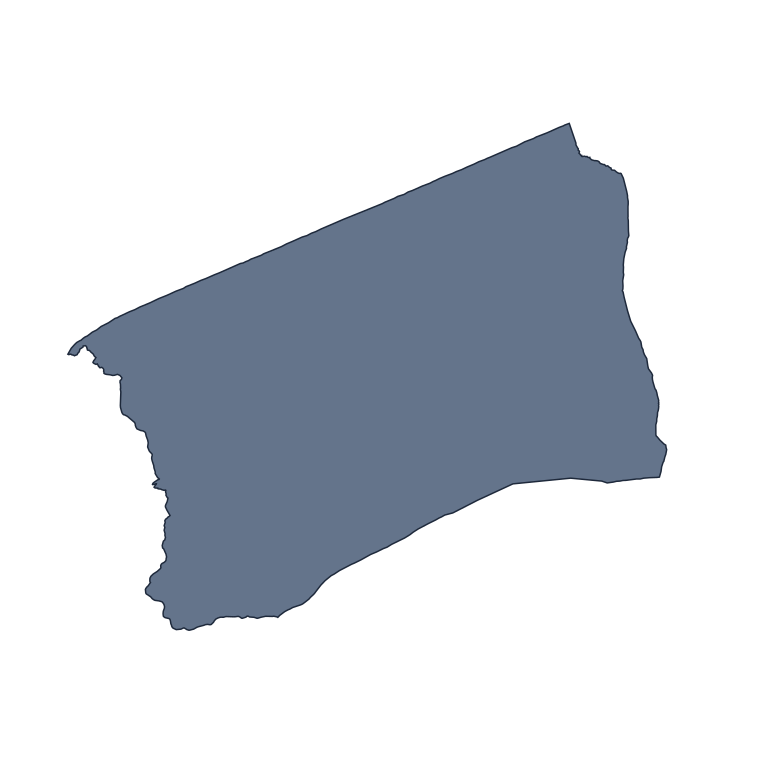 Omhajer, Gash Barka, Eritrea, rotated 71°
{"feature_id": "51966322B84792340140154", "entity_name": "Omhajer", "entity_type": "district", "adm_level": 2, "iso_a3": "ERI", "parent_name": "Eritrea", "parent_adm1": "Gash Barka", "projection": "equal_earth", "projection_center": [36.816, 14.649], "detail": "fine", "context": "isolated", "style": "filled", "palette": "slate", "viewbox_px": 768, "rotation_deg": 71, "n_neighbors": 0, "source": "geoboundaries", "source_scale": "gbopen_adm2", "svg_char_len": 6151}
<svg xmlns="http://www.w3.org/2000/svg" viewBox="0 0 768 768"><g transform="rotate(71 384 384)"><path d="M463.2,127.2L460.6,127.5L455.7,129.0L452.9,128.7L445.5,127.3L441.1,128.2L438.2,128.3L435.8,127.9L433.1,128.3L427.9,127.4L426.3,127.6L423.6,128.3L415.6,128.9L405.0,130.3L394.1,129.9L380.0,128.7L374.9,128.0L373.5,128.3L371.9,127.2L369.1,126.1L364.1,124.7L358.8,121.8L356.4,121.4L351.5,119.5L349.4,119.0L343.7,116.5L337.9,113.1L334.7,110.5L333.3,110.2L329.3,107.7L327.5,107.3L325.5,106.2L324.5,105.0L323.4,104.2L319.0,103.1L309.0,99.8L306.1,99.3L305.6,98.9L295.8,95.6L293.3,94.5L290.6,93.6L287.2,93.1L285.1,92.4L280.8,91.8L267.3,90.7L262.2,91.3L261.8,91.7L261.4,93.2L260.2,94.4L259.0,95.3L257.0,96.4L256.0,98.7L254.9,99.3L253.8,99.0L252.6,100.3L250.7,101.3L250.5,101.6L250.3,103.1L248.3,104.1L248.0,105.0L245.9,107.7L245.1,107.9L244.8,108.2L243.8,108.3L242.7,109.3L241.8,110.9L241.4,112.1L240.0,114.2L239.3,114.9L237.7,115.8L237.4,115.9L236.8,115.6L236.3,117.1L236.0,117.5L234.9,118.0L234.9,119.0L233.9,120.2L233.4,122.7L233.0,123.0L232.8,123.1L232.2,122.7L231.6,123.6L230.5,123.8L229.3,124.5L227.9,123.5L227.2,123.6L226.0,124.3L224.8,123.7L224.1,124.0L220.9,124.6L219.6,124.5L218.8,124.1L197.9,124.0L198.0,128.9L198.3,130.3L198.4,134.9L199.6,148.1L200.0,159.5L200.6,162.8L200.8,171.9L202.3,181.4L202.2,186.3L204.1,210.0L204.2,212.8L204.6,215.8L204.7,221.9L205.4,227.2L205.9,234.9L206.6,240.9L206.7,246.4L207.2,250.8L207.4,258.7L207.8,264.8L208.4,269.2L208.5,271.5L209.1,275.1L209.3,283.2L210.3,294.3L210.3,298.7L211.3,303.2L211.1,309.9L211.8,313.9L212.4,323.9L212.9,326.9L215.1,368.7L216.9,392.7L217.7,398.9L217.8,403.6L218.6,408.5L218.4,413.5L219.4,424.5L219.8,430.6L220.7,436.3L221.7,455.5L222.3,458.0L222.6,469.2L223.2,472.1L223.3,474.9L223.7,477.8L223.3,480.6L225.3,503.9L225.5,508.8L226.3,518.2L226.4,523.3L227.1,530.3L227.5,539.5L228.3,542.6L228.5,550.5L229.5,560.5L229.9,569.1L231.1,579.4L231.7,589.7L232.6,595.6L232.8,601.0L234.0,612.2L234.5,614.5L234.4,616.9L236.4,624.5L237.5,632.7L239.4,638.2L240.0,642.9L242.0,648.9L242.2,651.3L242.8,653.4L244.0,656.3L244.0,657.2L244.7,661.0L245.9,663.6L248.4,668.1L252.9,673.2L253.3,672.8L253.2,672.3L253.6,672.3L253.8,670.4L254.7,669.8L255.8,668.0L256.5,667.6L256.4,664.8L256.3,664.5L255.3,663.6L254.7,662.2L253.4,661.0L252.1,660.3L251.1,656.6L250.1,656.0L250.4,654.9L250.5,653.9L250.8,653.6L252.1,653.1L253.2,653.3L253.6,653.0L255.0,653.4L255.4,653.3L256.5,651.5L258.3,650.8L261.0,649.2L263.5,648.8L265.2,647.8L266.5,649.3L267.4,650.8L268.7,652.1L269.0,652.2L270.2,651.5L271.7,649.9L271.7,648.5L272.9,648.4L273.6,648.0L274.4,648.2L275.2,647.6L275.9,647.6L276.3,646.8L276.3,645.7L276.4,645.4L278.0,644.4L279.3,644.3L280.7,645.0L281.5,644.9L282.8,645.3L283.8,644.4L284.6,643.2L286.1,640.0L287.6,637.7L288.0,635.9L288.1,632.9L289.9,630.9L292.8,629.8L294.2,630.8L294.9,632.4L296.5,633.1L298.2,633.2L302.5,634.5L302.8,634.9L305.8,635.4L318.5,640.3L320.4,640.8L325.3,641.1L326.9,640.9L328.2,640.3L328.9,639.2L331.0,637.2L339.1,632.4L340.6,632.2L342.3,632.6L343.9,632.6L346.0,632.2L348.7,629.3L349.8,627.3L350.4,626.6L351.6,625.7L352.4,625.4L355.8,625.8L360.1,625.7L362.9,626.1L366.6,628.0L370.7,627.8L372.2,627.3L374.2,626.3L375.2,626.1L376.4,626.6L377.3,627.3L378.7,627.9L380.9,628.2L386.2,628.3L388.5,628.8L392.6,628.9L394.2,629.5L398.9,628.5L399.8,627.8L400.7,627.4L401.0,627.7L400.9,629.0L402.0,633.1L402.6,634.7L403.5,635.6L403.9,635.4L404.2,633.4L404.0,632.6L404.2,631.7L404.7,632.0L404.8,632.4L406.7,635.0L407.8,634.3L408.8,631.8L409.2,632.0L409.7,631.5L410.7,629.3L411.6,628.5L412.9,626.6L413.1,625.2L413.5,624.9L414.9,625.7L416.8,625.7L418.3,626.4L420.9,625.9L421.5,625.4L424.5,627.2L427.6,630.1L429.0,630.7L432.7,630.3L438.7,629.1L439.3,630.4L439.4,631.4L440.1,632.5L440.8,634.6L442.0,635.8L443.6,635.9L446.4,638.0L448.2,637.9L450.7,639.5L454.2,639.7L455.6,640.4L458.0,640.6L459.3,641.6L459.9,641.8L460.8,643.8L464.5,646.3L467.0,646.7L468.1,646.0L474.0,645.5L476.8,645.9L477.9,646.7L479.3,647.3L480.0,647.8L480.7,649.0L481.1,650.1L481.4,652.2L482.0,653.4L483.1,654.3L485.1,654.8L485.7,655.5L487.4,659.5L488.5,664.0L489.9,667.0L491.4,668.5L493.3,669.3L494.8,669.7L495.6,669.4L498.0,672.6L498.8,674.4L499.8,675.8L500.6,676.5L504.0,677.3L505.1,677.1L509.2,673.9L511.4,673.1L512.9,672.1L514.0,671.0L515.8,667.4L517.2,665.4L518.1,664.5L520.9,663.8L523.1,664.0L524.6,664.7L526.9,666.6L528.8,667.5L530.5,668.0L532.0,668.2L533.6,667.1L535.8,663.6L536.8,663.0L538.6,663.1L541.5,663.6L542.7,663.4L543.5,663.6L545.2,663.4L546.2,662.9L548.6,660.4L549.7,655.8L549.4,653.1L549.6,652.3L552.0,650.4L553.3,648.6L553.5,647.8L553.8,643.7L553.1,640.0L553.1,638.4L553.5,633.0L553.4,631.2L553.8,629.1L554.9,627.1L555.1,626.2L555.1,625.6L553.8,622.8L552.8,621.7L551.6,619.7L551.2,617.5L551.2,615.2L551.4,614.1L552.3,611.7L552.4,609.2L555.0,602.4L555.6,600.6L556.2,597.6L557.0,596.4L559.0,595.0L559.4,594.2L559.5,590.4L559.0,589.5L559.1,588.4L559.5,587.8L560.5,587.0L562.3,582.8L564.2,580.3L564.4,579.1L564.5,576.1L565.1,571.5L567.4,565.3L567.7,563.8L569.3,561.1L570.1,560.4L568.8,557.9L566.9,552.0L566.3,548.4L566.2,546.3L565.6,543.1L565.7,535.0L565.6,533.5L565.4,532.3L564.5,529.5L562.9,524.9L561.8,523.1L560.0,519.0L559.0,517.3L558.2,516.2L553.6,509.2L550.7,503.6L548.0,496.3L547.5,493.0L545.9,486.8L543.9,473.4L543.7,470.4L542.8,463.2L540.8,452.0L540.4,445.8L539.4,438.2L539.3,434.2L538.1,429.0L536.3,414.6L534.9,408.4L533.6,404.6L532.2,398.9L530.4,387.4L529.4,379.5L528.6,375.3L528.4,372.9L527.7,369.2L528.3,360.9L524.4,333.7L520.4,294.6L533.8,238.2L546.7,209.7L550.2,205.2L551.4,199.0L551.7,195.8L552.6,192.6L553.0,189.5L553.9,186.5L556.0,176.3L557.2,172.8L557.6,169.0L559.1,163.2L561.2,156.3L561.7,153.9L556.8,150.5L552.6,148.4L548.8,145.5L548.3,144.7L544.4,142.2L542.3,140.5L538.1,138.1L536.0,138.0L533.5,137.5L531.9,138.8L527.1,141.3L522.9,142.9L521.9,143.5L520.6,143.5L511.1,140.3L508.1,138.3L505.8,137.5L503.2,135.9L499.9,134.6L498.4,133.4L496.6,132.4L494.6,131.5L493.9,131.5L492.5,130.7L491.7,130.8L491.3,130.3L490.2,130.2L488.9,129.6L483.9,129.3L481.2,128.9L478.4,128.8L476.8,129.3L475.5,129.3L469.4,129.0L467.1,128.7L464.9,128.1L463.2,127.2Z" fill="#64748b" stroke="#1e293b" stroke-width="1.5"/></g></svg>